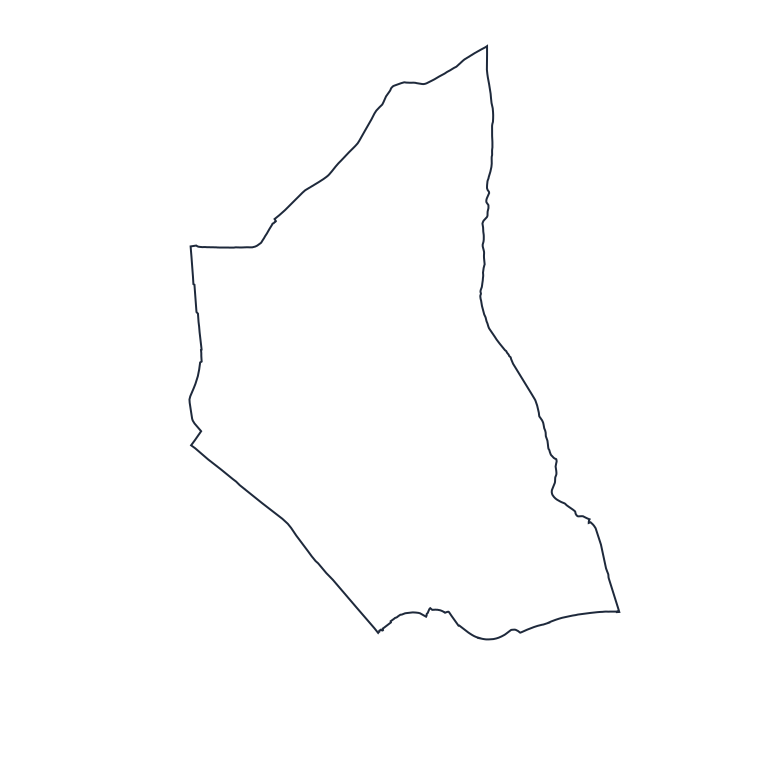 Oostzaan, Noord-Holland, Netherlands (Albers equal-area conic projection), rotated 342°
{"feature_id": "6326949B95848699566336", "entity_name": "Oostzaan", "entity_type": "district", "adm_level": 2, "iso_a3": "NLD", "parent_name": "Netherlands", "parent_adm1": "Noord-Holland", "projection": "albers", "projection_center": [4.881, 52.452], "detail": "fine", "context": "isolated", "style": "outline", "palette": "slate", "viewbox_px": 768, "rotation_deg": 342, "n_neighbors": 0, "source": "geoboundaries", "source_scale": "gbopen_adm2", "svg_char_len": 6126}
<svg xmlns="http://www.w3.org/2000/svg" viewBox="0 0 768 768"><g transform="rotate(342 384 384)"><path d="M537.3,673.5L537.4,669.4L537.7,638.3L537.8,637.2L538.4,634.8L538.5,634.3L538.3,630.9L538.2,627.9L540.7,603.8L540.7,586.6L540.0,584.0L539.4,582.4L538.7,581.1L537.7,579.3L535.8,579.4L536.1,578.5L536.9,577.0L537.7,576.2L536.3,575.1L534.6,573.5L533.4,572.3L532.4,571.3L531.2,570.8L528.1,570.0L527.2,569.5L526.5,568.2L526.4,567.6L526.2,566.9L526.2,566.1L526.4,564.7L526.3,564.1L525.8,563.3L524.8,561.8L521.8,557.9L520.2,555.7L519.3,553.9L518.7,553.2L516.3,551.2L515.2,550.1L513.0,547.7L512.4,546.9L511.7,545.9L510.7,543.9L510.0,541.7L509.9,540.4L510.0,539.5L510.1,538.7L510.5,537.7L510.9,536.8L516.0,530.7L516.5,529.7L517.9,526.0L518.2,525.5L519.2,524.3L520.0,523.2L520.5,521.9L521.0,519.8L521.7,515.5L523.3,512.6L524.1,511.3L524.4,510.5L524.5,509.5L524.6,508.9L524.5,508.6L523.6,507.9L523.1,507.3L522.6,506.7L521.5,504.3L521.2,503.8L520.9,503.0L520.8,502.4L520.7,500.0L520.8,498.0L520.7,497.3L520.5,496.7L520.4,496.4L520.7,494.5L521.2,492.2L521.9,488.5L521.9,487.5L521.8,484.6L521.8,483.6L522.7,480.3L522.8,479.3L522.9,478.1L522.7,475.6L522.8,474.9L523.2,472.0L523.4,470.0L523.3,468.9L523.1,467.3L522.8,466.4L522.2,464.3L521.9,463.5L521.7,462.8L522.0,460.9L522.2,460.1L522.4,458.9L523.0,451.8L522.9,446.3L522.6,444.8L521.5,440.0L513.0,404.6L512.6,399.6L512.7,398.0L512.6,397.5L511.8,396.3L511.7,395.9L511.6,394.6L511.3,393.8L510.8,392.6L510.6,391.9L510.5,390.9L510.4,390.5L509.5,389.2L506.5,381.4L504.8,376.5L504.1,373.8L501.5,364.9L501.1,363.4L501.0,361.6L501.1,358.4L500.9,356.1L501.2,352.0L500.8,348.8L501.3,340.0L502.1,334.8L502.2,332.9L502.4,331.7L502.7,330.3L502.9,329.8L503.6,328.8L504.0,328.3L504.1,328.0L504.2,327.6L504.2,326.5L504.4,325.7L504.8,324.9L505.2,324.3L507.0,322.0L508.1,319.8L508.4,319.1L509.9,316.1L510.8,313.9L511.6,312.2L512.0,311.1L512.6,308.6L513.2,307.4L514.4,304.9L514.7,304.3L515.5,303.1L515.9,302.4L516.7,301.3L518.1,294.9L518.7,292.9L519.7,290.3L520.0,289.1L520.2,286.9L520.4,283.7L520.8,282.3L521.0,281.8L522.6,279.4L523.5,277.5L524.5,274.5L524.9,273.1L525.5,269.8L526.6,265.8L527.2,261.9L527.5,261.4L528.2,260.5L528.6,260.0L529.3,259.4L533.4,257.1L533.7,256.8L534.3,256.1L534.6,255.5L535.3,253.4L535.9,251.9L537.7,249.0L538.5,246.5L538.5,245.7L538.4,245.5L537.9,244.0L537.6,242.9L537.7,242.1L537.8,241.7L538.2,240.7L539.1,239.3L543.0,234.9L543.2,233.8L542.9,232.6L542.5,231.5L542.5,231.2L542.5,229.9L542.5,229.5L542.7,228.9L543.5,226.7L545.1,223.1L545.8,222.1L546.8,220.9L547.6,219.5L550.8,214.9L553.2,210.8L554.0,209.0L554.6,207.6L556.2,202.4L556.7,201.1L557.5,199.8L557.7,199.3L558.5,196.7L559.1,194.9L560.3,192.3L560.7,191.0L561.9,187.3L563.5,181.4L566.6,171.8L567.5,170.0L568.6,168.4L569.8,165.3L570.9,162.1L571.7,159.2L572.6,155.4L573.1,150.0L574.1,145.2L575.1,140.9L576.6,131.4L577.5,124.5L578.1,121.0L579.0,116.8L583.9,102.3L586.4,94.5L584.3,95.1L579.7,95.9L572.7,97.3L560.8,100.2L559.0,100.9L550.9,104.6L548.3,105.0L546.2,105.5L543.8,106.1L540.4,106.7L537.6,107.5L531.5,108.6L526.2,109.8L523.8,110.2L517.3,111.2L515.8,111.2L514.3,111.0L513.0,110.5L508.1,108.0L506.8,107.2L505.3,106.6L501.2,105.3L498.3,104.2L496.9,103.5L496.2,103.3L493.3,103.2L486.8,103.4L484.9,103.5L483.4,104.2L482.5,104.7L481.8,105.3L481.3,106.0L480.3,107.0L474.8,111.1L470.6,115.8L468.7,117.7L465.2,119.4L461.2,121.6L458.5,123.8L458.2,124.1L458.0,124.3L453.9,128.4L444.2,137.2L435.7,145.0L433.3,147.0L430.0,148.9L422.3,152.8L412.2,158.3L408.9,160.0L405.1,162.3L400.6,165.3L396.9,167.6L395.4,168.4L393.4,169.2L389.7,170.4L384.0,171.9L368.9,175.4L365.5,176.9L343.7,188.0L336.4,191.2L330.9,193.3L331.5,195.7L330.7,196.2L330.3,196.1L329.1,196.8L328.7,197.0L327.8,197.0L327.5,197.1L326.8,197.9L322.7,201.4L319.1,204.7L316.6,206.7L315.0,208.2L313.0,209.8L310.9,211.6L310.2,211.9L306.8,213.0L305.7,213.3L303.9,213.5L300.8,213.3L295.6,211.5L290.2,210.0L285.2,208.2L283.5,207.9L281.2,207.2L278.6,206.3L272.9,204.4L269.8,203.4L267.6,202.6L266.7,202.2L257.7,199.1L256.5,198.6L253.3,197.6L251.0,196.6L249.8,196.0L249.0,195.3L248.2,194.3L242.6,193.4L241.4,198.4L240.3,203.1L238.1,212.1L235.4,223.2L233.6,230.1L234.4,231.0L227.9,257.6L228.8,259.6L226.8,267.7L225.9,272.3L224.6,277.9L221.2,294.7L221.1,295.0L220.5,295.0L219.8,298.1L218.9,300.9L217.5,306.3L215.8,306.7L212.7,313.1L209.4,319.0L204.7,325.6L201.9,329.0L196.5,335.2L195.9,335.9L194.2,338.6L193.4,341.8L191.9,350.9L190.8,357.7L190.8,359.7L191.6,363.0L195.3,371.9L195.5,372.4L186.8,379.0L181.6,382.7L184.5,386.7L193.5,401.5L202.5,414.8L210.9,427.8L213.2,431.1L215.5,435.6L231.3,459.7L245.7,480.8L249.3,487.2L251.2,492.2L253.7,501.0L259.9,519.1L262.0,525.5L264.2,531.2L265.9,534.1L270.7,546.0L274.8,554.3L288.1,586.4L299.4,613.3L301.5,618.9L302.2,618.4L303.1,618.1L303.2,617.9L303.3,617.2L305.1,616.7L305.2,616.9L305.3,617.2L305.6,617.5L306.5,617.5L306.7,617.9L306.9,617.8L306.8,617.4L307.1,617.3L307.3,616.2L308.4,615.9L316.9,612.9L317.0,611.7L321.3,610.3L322.2,609.9L323.7,609.9L324.6,609.7L325.8,609.2L328.3,608.5L329.7,608.8L332.9,608.6L333.9,608.7L340.8,610.1L343.6,611.2L346.0,612.3L347.4,613.2L352.1,618.3L352.9,617.5L353.1,617.1L353.3,616.3L353.6,616.0L353.8,615.7L354.6,615.4L355.0,615.1L355.2,614.9L355.7,614.2L357.5,612.2L358.0,611.8L358.7,611.5L360.1,613.7L363.1,614.5L365.0,615.2L367.4,616.5L368.2,617.1L369.6,618.3L370.8,619.7L371.0,619.7L371.4,620.4L373.4,620.3L374.7,620.4L375.3,621.0L375.6,622.0L376.6,625.5L380.2,636.9L380.9,636.9L387.4,646.4L388.9,648.3L390.4,650.1L392.0,651.8L393.7,653.3L396.2,655.0L395.9,655.1L399.6,657.2L401.6,658.2L402.9,658.7L405.2,659.4L409.2,660.4L412.2,660.7L414.7,660.7L417.8,660.4L421.2,659.8L423.4,659.1L428.2,657.4L429.0,657.2L429.7,657.3L432.1,657.9L432.8,658.2L433.5,658.7L435.1,660.3L436.6,662.5L436.8,662.6L438.6,662.5L444.2,661.9L451.5,661.5L455.4,661.5L459.9,661.8L461.1,662.0L462.7,662.0L466.1,662.0L466.0,661.9L469.8,661.5L474.7,661.3L478.2,661.3L481.2,661.4L487.1,662.0L491.8,662.5L494.9,663.0L497.2,663.2L509.5,665.5L516.7,667.0L519.2,667.6L521.3,668.2L523.2,668.6L525.3,669.2L527.1,669.9L528.6,670.3L534.8,672.3L535.2,672.3L535.0,672.9L537.3,673.5Z" fill="none" stroke="#1e293b" stroke-width="2"/></g></svg>